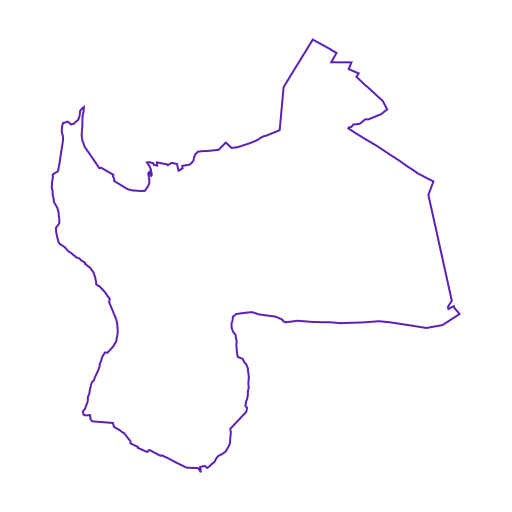 Atzala, Puebla, Mexico, rotated 356°
{"feature_id": "50627088B72086785897406", "entity_name": "Atzala", "entity_type": "district", "adm_level": 2, "iso_a3": "MEX", "parent_name": "Mexico", "parent_adm1": "Puebla", "projection": "natural_earth1", "projection_center": [-98.548, 18.547], "detail": "fine", "context": "isolated", "style": "outline", "palette": "violet", "viewbox_px": 512, "rotation_deg": 356, "n_neighbors": 0, "source": "geoboundaries", "source_scale": "gbopen_adm2", "svg_char_len": 3820}
<svg xmlns="http://www.w3.org/2000/svg" viewBox="0 0 512 512"><g transform="rotate(356 256 256)"><path d="M185.9,467.9L185.6,462.6L190.2,461.8L192.4,464.0L195.0,462.5L197.0,460.7L200.3,458.5L201.9,455.6L204.2,453.0L208.4,451.2L212.0,449.0L214.3,445.7L216.6,442.1L217.2,439.1L217.6,435.8L218.2,432.9L218.6,430.0L218.2,426.7L235.4,410.8L236.5,406.8L234.9,404.9L236.2,399.8L237.2,398.0L238.2,394.0L238.5,390.3L239.5,387.4L239.5,383.0L239.9,379.3L240.5,376.0L240.2,372.4L239.9,366.9L238.6,363.2L236.7,360.8L235.6,357.7L233.4,356.6L230.8,355.5L230.2,350.4L230.2,344.1L230.8,339.0L230.2,336.5L230.2,333.5L227.8,329.8L226.7,326.1L226.8,322.1L228.3,318.0L228.6,315.1L232.2,312.5L242.6,311.8L248.5,311.8L254.6,314.4L271.2,317.8L277.8,321.3L278.6,323.0L280.8,324.2L293.1,323.5L306.8,325.6L315.6,326.5L325.6,327.3L335.6,328.9L358.1,329.7L366.5,329.7L373.8,329.6L384.1,331.3L407.7,336.6L420.9,339.7L437.2,337.9L455.0,328.1L454.8,327.7L450.5,322.0L449.8,319.8L444.3,322.3L443.9,320.8L443.8,320.4L447.1,315.7L448.2,314.3L436.3,234.3L432.2,207.2L438.2,193.9L437.8,193.7L432.8,190.8L422.1,184.2L421.7,183.5L412.7,176.7L404.9,170.3L397.2,164.6L384.1,154.5L372.6,146.6L364.0,140.4L357.0,135.2L357.5,134.3L360.3,133.8L362.2,131.6L365.2,131.6L368.8,131.3L374.5,127.3L378.0,127.5L388.2,124.0L390.4,123.4L397.1,118.9L393.3,110.3L378.7,94.8L378.4,94.5L378.0,94.4L368.7,84.3L371.2,81.0L361.6,76.1L364.7,69.5L344.6,68.0L350.5,59.0L344.9,55.4L344.9,55.1L327.7,44.1L318.6,56.9L318.5,57.0L308.1,71.5L295.7,88.9L295.3,89.6L288.4,132.1L278.2,135.5L275.6,136.3L274.4,136.8L272.5,136.9L269.5,138.1L264.8,140.7L257.6,143.1L250.7,144.8L245.0,146.2L239.1,146.5L233.8,140.7L226.1,147.5L213.9,147.9L210.3,147.6L205.3,147.9L202.0,151.0L200.0,157.0L196.4,160.2L188.7,161.0L188.7,161.7L188.8,163.5L184.7,165.5L183.6,158.7L178.4,157.2L174.3,159.3L173.4,158.2L170.6,157.6L163.7,155.7L163.7,158.9L160.5,158.0L160.0,156.3L155.9,154.9L153.7,155.1L156.0,159.0L157.1,162.0L157.7,167.5L157.2,168.6L156.9,168.8L155.4,164.7L154.2,166.2L154.9,172.3L154.6,176.0L153.2,178.8L149.6,183.3L145.3,183.1L137.6,182.0L132.8,180.5L119.6,171.2L120.0,169.3L118.8,166.6L119.4,165.1L115.9,162.7L107.6,157.1L105.8,157.6L103.8,153.9L97.4,143.0L92.6,135.0L92.4,133.9L91.4,130.3L90.7,127.8L90.5,123.2L90.9,120.2L91.9,113.8L92.6,105.1L94.1,99.7L94.7,95.4L93.2,96.3L90.6,99.2L89.9,103.6L88.2,107.7L83.4,111.3L80.6,111.9L79.0,110.1L77.4,108.8L74.7,109.6L72.7,109.9L71.5,113.5L70.9,118.6L71.8,123.5L71.6,126.6L70.8,130.5L69.1,137.7L66.7,148.7L64.4,157.6L58.9,160.5L58.8,163.6L57.7,168.4L57.4,170.9L57.0,173.6L57.4,175.8L57.7,177.8L57.4,179.5L57.6,181.8L58.1,184.1L58.1,187.3L58.5,188.8L60.1,191.9L61.3,194.6L61.9,198.1L62.2,199.4L62.0,201.1L62.2,203.1L62.4,206.6L62.0,209.5L60.5,211.7L58.5,213.7L58.3,217.7L59.0,223.1L59.7,227.1L60.7,230.0L62.9,231.6L65.1,233.2L67.1,235.4L68.3,237.2L70.0,238.9L71.4,239.8L72.5,240.8L74.4,242.7L76.8,244.9L79.7,246.1L80.8,247.7L81.9,248.6L84.8,250.6L85.2,251.3L84.9,251.9L89.6,256.1L91.5,259.0L92.7,260.9L94.0,265.8L94.7,271.0L94.6,273.1L95.6,274.1L96.8,274.7L97.8,275.4L99.3,277.2L100.4,278.5L101.8,280.2L103.2,282.2L105.1,285.6L107.1,288.4L106.2,291.7L111.3,306.9L112.1,309.5L112.7,312.4L112.8,314.9L112.9,321.0L112.4,324.7L111.9,326.2L111.4,328.0L110.7,331.2L107.6,335.8L105.4,338.1L102.0,341.2L101.2,342.1L98.6,341.7L96.8,344.2L95.1,346.7L94.4,349.4L92.6,352.8L92.3,355.2L90.4,359.5L88.2,363.3L86.6,366.3L85.5,369.0L83.9,370.1L82.8,372.1L82.0,374.9L81.2,376.8L80.5,380.0L79.9,382.4L78.6,384.6L77.9,389.6L74.6,396.8L72.4,399.0L73.0,402.3L74.8,403.1L79.4,403.2L79.5,407.2L81.0,409.5L101.6,412.6L102.4,416.5L107.8,420.2L111.1,423.1L111.8,423.2L117.9,432.2L117.7,434.2L124.9,438.2L124.7,439.1L133.7,443.9L136.0,442.0L146.9,448.7L148.0,448.2L154.8,452.0L161.1,456.0L172.0,462.3L183.6,463.6L185.9,467.9Z" fill="none" stroke="#5b21b6" stroke-width="2"/></g></svg>